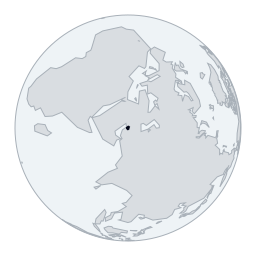 Kohgiluyeh and Buyer Ahmad highlighted on a globe, orthographic projection, rotated 84°
{"feature_id": "IRN-3209", "entity_name": "Kohgiluyeh and Buyer Ahmad", "entity_type": "Province", "adm_level": 1, "iso_a3": "IRN", "parent_name": "Iran", "parent_adm1": "", "projection": "orthographic", "projection_center": [50.792, 30.816], "detail": "fine", "context": "on_globe", "style": "filled", "palette": "ink", "viewbox_px": 256, "rotation_deg": 84, "n_neighbors": 0, "source": "natural_earth", "source_scale": "10m", "svg_char_len": 10608}
<svg xmlns="http://www.w3.org/2000/svg" viewBox="0 0 256 256"><g transform="rotate(84 128 128)"><circle cx="128" cy="128" r="113" fill="#eef3f6" stroke="#a8b0b8"/><path d="M136.0,15.6L144.9,16.8L150.1,17.6L147.8,17.3L158.8,19.6L166.1,22.0L156.8,19.2L155.2,18.8L159.7,20.1L158.9,20.1L160.7,20.9L159.4,20.8L154.1,19.5L153.1,19.5L156.4,20.5L157.1,21.4L152.5,19.8L153.3,21.2L144.6,20.0L133.2,17.1L127.3,17.5L113.0,17.9L113.3,18.3L108.1,19.1L106.5,20.0L104.3,20.1L104.9,20.8L107.3,20.5L108.3,20.8L107.6,21.4L104.7,21.5L104.6,21.2L103.4,21.6L102.2,21.5L102.4,21.9L98.9,22.2L101.2,22.8L97.6,23.8L95.5,23.8L97.2,22.6L96.6,20.5L95.1,20.6L91.2,21.7L81.0,26.1L78.7,27.0L74.5,29.0L75.1,28.9L78.6,27.4L78.6,28.0L82.9,26.3L83.5,26.5L87.3,25.5L85.1,27.1L81.0,29.2L77.7,30.2L75.8,31.3L77.6,31.7L70.4,35.2L63.4,40.6L61.7,41.6L60.7,40.5L63.9,36.8L62.6,36.6L61.8,38.3L57.5,41.1L56.2,42.4L55.5,43.3L56.4,42.9L54.6,44.4L54.7,42.9L56.3,41.6L56.3,42.0L57.8,40.4L57.8,39.9L55.7,41.7L56.0,41.4L62.8,36.1L70.0,31.4L77.6,27.3L85.4,23.7L93.5,20.8L101.8,18.4L110.3,16.8L118.8,15.7L127.4,15.4L136.0,15.6ZM15.9,139.2L16.1,141.2L16.4,143.3L15.9,139.2ZM154.0,18.4L151.5,17.8L154.2,18.5L154.0,18.4ZM161.2,21.0L162.1,21.2L162.6,21.5L161.2,21.0ZM88.2,24.8L87.7,25.1L87.3,25.1L88.2,24.8ZM90.3,24.1L90.1,23.8L91.0,23.4L91.1,23.6L90.3,24.1ZM161.1,21.8L161.6,22.4L160.2,21.6L161.1,21.8ZM90.3,24.5L92.7,22.9L94.4,22.3L96.2,22.6L90.3,24.5ZM161.3,22.6L162.7,24.4L164.9,24.9L159.3,24.6L160.0,23.1L157.9,21.8L160.1,22.6L161.3,22.6ZM108.3,20.2L105.8,20.5L108.5,19.8L108.3,20.2ZM109.8,19.7L116.7,17.7L120.1,17.8L117.1,18.3L121.9,18.2L120.2,19.3L117.1,19.5L115.3,19.2L116.0,19.9L109.8,19.7ZM156.0,24.3L155.6,24.7L155.0,24.1L156.0,24.3ZM109.0,20.9L110.1,20.3L113.0,20.4L111.4,21.4L111.0,21.0L109.0,20.9ZM124.1,17.8L126.0,18.1L125.1,19.0L125.7,19.3L120.4,19.3L124.1,17.8ZM109.9,21.4L110.5,22.0L108.4,22.6L108.1,21.4L109.9,21.4ZM114.5,20.0L115.8,20.1L114.6,20.3L114.5,20.0ZM101.5,25.3L102.7,24.5L104.4,24.4L101.5,25.3ZM110.8,22.2L111.5,22.0L112.3,21.9L112.2,22.5L110.8,22.2ZM120.1,20.0L119.4,20.4L122.3,20.0L121.7,20.8L118.3,20.8L119.5,21.1L119.4,21.4L116.7,21.1L120.1,20.0ZM114.6,22.9L110.0,23.3L107.3,24.7L105.8,24.8L110.4,22.5L114.6,22.9ZM116.1,21.8L114.8,22.5L113.5,22.1L113.6,21.5L116.1,21.8ZM122.6,21.5L124.3,20.2L125.0,20.3L122.6,21.5ZM114.0,23.3L115.2,23.2L114.0,23.4L114.0,23.3ZM120.2,22.1L120.8,21.6L121.5,21.7L120.2,22.1ZM116.9,23.5L115.5,23.6L115.5,23.1L116.9,23.5ZM118.7,22.9L119.6,23.1L116.4,22.9L118.8,22.6L118.7,22.9ZM120.9,22.2L121.5,22.1L120.6,22.4L120.9,22.2ZM117.7,25.4L113.7,25.2L113.7,24.1L117.7,24.4L117.7,25.4ZM28.8,142.9L26.7,123.9L29.5,119.4L31.2,112.2L51.6,97.2L54.5,100.7L68.9,103.8L70.5,105.4L67.3,110.7L76.9,121.6L81.8,117.8L92.0,124.3L99.7,125.5L105.2,115.0L92.5,112.8L91.8,107.0L103.1,104.2L114.5,106.5L114.6,104.3L108.7,98.7L112.5,95.3L106.8,96.5L108.2,98.9L104.6,99.8L103.1,97.7L104.5,96.5L101.5,95.0L95.4,101.6L96.2,104.8L87.4,104.3L87.9,109.7L85.0,111.5L83.2,103.1L84.4,100.4L80.0,90.6L78.0,93.3L82.0,102.9L80.2,101.7L77.5,105.9L78.1,101.8L74.2,91.1L67.2,90.3L55.9,98.1L52.3,97.2L50.2,93.3L56.6,83.0L64.0,86.2L66.4,83.1L66.8,77.0L69.0,78.6L70.1,76.7L73.1,77.8L79.3,74.7L82.6,75.4L86.9,70.0L89.2,69.7L86.0,72.9L85.6,75.8L94.1,78.1L96.3,77.2L98.4,73.6L100.5,74.9L101.4,71.1L107.2,71.0L100.9,68.2L103.2,64.4L107.7,62.2L107.3,60.5L100.0,64.2L98.0,66.1L98.2,68.6L92.0,74.1L88.7,74.3L90.9,67.0L86.4,66.7L90.1,61.5L107.6,54.2L114.0,53.6L120.7,60.5L118.2,62.5L114.5,61.0L116.2,65.9L116.9,63.8L118.6,65.0L121.2,62.1L122.6,62.8L122.7,58.9L124.7,59.5L124.5,62.0L130.1,58.6L134.6,59.2L135.2,58.1L134.6,56.8L140.8,58.8L141.0,57.9L139.0,56.9L138.0,54.6L138.8,51.4L140.9,52.2L140.9,53.5L144.1,57.6L143.8,61.1L144.8,61.2L145.5,58.4L141.6,53.3L141.5,51.1L143.7,53.3L142.9,52.3L143.5,51.5L146.0,51.7L143.7,49.3L147.3,40.8L152.6,40.5L154.2,43.1L158.9,39.1L164.6,39.8L162.7,38.8L163.8,36.6L162.0,36.3L161.2,35.7L163.1,30.7L165.1,30.4L163.9,27.8L162.9,27.3L161.3,27.3L159.3,24.6L164.9,24.9L166.8,25.8L169.0,25.7L172.9,28.0L177.2,30.0L180.1,33.1L183.3,34.8L183.8,34.5L188.4,36.8L196.1,42.8L187.6,38.8L175.6,31.5L180.3,34.4L178.5,34.1L179.8,35.5L183.2,37.7L184.0,37.7L185.9,44.3L192.7,52.3L193.9,50.1L197.0,51.2L205.7,59.8L212.3,76.3L216.5,79.2L218.3,82.0L218.1,85.1L215.4,81.0L213.2,80.9L211.7,78.3L210.5,82.4L208.4,78.9L208.5,84.1L211.0,86.3L212.8,83.7L213.9,90.1L218.7,93.1L221.8,98.9L222.2,112.9L218.8,119.6L219.1,121.7L216.5,120.8L214.9,126.4L221.5,134.8L222.0,138.0L218.5,146.8L218.1,144.5L211.1,142.2L211.2,150.3L216.6,153.9L218.4,160.2L214.9,159.9L212.8,154.5L210.3,153.5L210.0,146.7L206.0,137.9L202.4,141.6L201.7,137.5L195.6,131.0L189.9,135.9L181.4,149.8L181.8,160.2L178.2,165.6L169.9,152.5L167.0,142.7L163.4,144.3L155.3,136.7L139.7,137.6L138.0,135.0L134.9,136.4L129.3,133.8L126.8,129.3L123.2,129.6L129.8,141.3L133.8,141.0L137.8,136.4L138.8,140.6L144.3,144.0L136.4,154.3L114.0,162.7L112.7,154.8L100.3,131.4L101.2,129.0L101.2,128.7L101.1,128.1L99.0,132.0L97.2,127.3L102.9,143.7L103.4,150.3L113.7,163.1L112.5,164.3L116.1,166.9L128.6,164.3L128.5,166.8L122.0,178.3L105.4,192.2L108.2,201.8L107.9,209.3L98.8,212.9L100.8,218.3L96.3,219.4L96.8,222.1L93.9,224.2L88.5,225.4L78.0,222.6L76.4,220.2L69.6,213.8L59.9,198.6L61.5,193.2L60.1,187.6L52.7,172.8L54.2,166.3L52.5,162.5L48.7,161.6L46.8,156.9L44.7,155.8L32.0,150.5L28.8,142.9ZM43.0,107.0L42.1,109.1L43.0,107.0ZM125.5,114.7L132.9,115.4L131.2,108.3L133.9,108.1L132.3,105.9L131.0,107.8L127.4,101.8L131.1,99.9L131.0,96.9L128.5,96.5L122.3,101.0L127.4,109.5L125.0,112.3L125.5,114.7ZM57.6,41.2L57.5,41.3L56.4,42.5L56.3,42.4L57.6,41.2ZM55.8,45.9L52.9,48.2L54.9,46.3L54.1,46.4L57.1,42.9L61.0,41.9L58.7,42.8L55.8,45.9ZM62.3,38.3L59.9,40.4L62.4,38.1L62.3,38.3ZM73.2,65.9L73.6,67.7L71.5,69.5L67.2,69.4L70.2,66.6L73.2,65.9ZM74.6,69.8L77.9,63.1L80.7,63.1L78.6,64.2L80.1,64.9L77.1,66.8L76.4,73.9L74.6,76.0L67.8,74.1L71.0,73.4L70.5,71.6L74.6,69.8ZM81.6,48.2L83.0,46.0L87.1,48.9L85.3,50.7L80.9,50.5L80.6,48.3L81.6,48.2ZM93.0,25.7L93.4,25.1L94.2,25.0L94.6,25.4L93.0,25.7ZM101.9,24.9L92.6,28.0L92.5,27.5L87.2,30.3L84.8,30.1L88.3,28.3L82.5,30.4L84.7,28.6L80.8,30.3L88.8,26.2L90.6,24.9L89.6,26.3L91.7,26.5L93.2,26.2L98.6,24.5L103.5,22.2L106.4,22.2L107.1,22.9L106.4,23.4L104.8,23.1L105.0,24.1L102.0,24.2L101.9,24.9ZM114.5,34.3L112.8,33.2L112.8,36.3L109.8,35.9L110.0,36.3L107.3,36.9L104.3,38.3L103.2,37.9L102.5,38.7L100.6,39.2L99.3,40.2L96.8,39.8L95.0,41.0L94.9,40.2L92.4,42.5L93.1,40.6L90.8,41.3L91.4,42.7L81.2,39.7L76.4,40.4L72.0,42.0L73.8,39.1L79.1,35.8L85.8,33.1L90.1,33.1L90.2,32.0L92.3,31.7L91.4,32.7L94.0,31.0L95.5,31.1L101.4,29.5L104.3,27.3L106.6,26.8L106.2,27.8L108.7,26.7L109.4,28.2L111.1,27.9L113.4,29.3L111.7,31.5L113.7,31.1L115.6,32.3L114.5,34.3ZM118.3,25.8L116.9,28.2L114.7,29.2L111.5,26.4L109.9,26.4L107.8,25.0L111.2,23.6L111.5,24.1L112.5,24.3L111.0,24.6L113.0,24.5L113.5,25.3L115.2,25.4L114.3,26.1L118.3,25.8ZM73.2,103.9L74.5,104.7L76.9,105.1L75.3,107.9L73.2,103.9ZM70.4,96.7L71.8,96.7L70.6,100.6L69.2,100.0L70.4,96.7ZM73.5,93.7L71.9,96.4L71.9,94.6L73.5,93.7ZM87.4,72.9L89.0,72.9L88.7,73.8L87.4,74.9L87.4,72.9ZM113.7,44.8L113.2,43.7L113.9,43.4L114.9,40.7L117.2,41.0L117.5,42.7L113.7,44.8ZM102.4,116.6L99.6,118.3L98.7,117.1L99.9,116.8L102.4,116.6ZM86.3,113.3L89.6,115.5L85.9,114.0L86.3,113.3ZM116.4,44.6L116.5,43.5L117.6,44.3L116.4,44.6ZM118.9,41.1L120.3,41.9L117.6,40.7L118.9,41.1ZM151.2,236.8L152.3,237.0L150.4,237.3L151.2,236.8ZM127.4,209.1L121.4,221.0L116.0,220.8L114.3,217.3L116.0,210.1L122.1,208.1L124.9,204.6L127.4,209.1ZM231.1,165.2L232.2,164.2L232.1,164.7L231.1,165.2ZM230.0,165.2L231.5,163.7L229.6,166.4L230.0,165.2ZM232.0,163.1L233.5,160.6L234.1,159.2L233.9,160.2L232.0,163.1ZM228.9,166.3L222.1,171.8L219.1,172.8L220.1,170.6L224.9,167.6L228.9,166.3ZM219.8,170.8L214.9,169.3L206.6,159.7L209.6,158.6L218.0,162.5L217.5,164.2L220.5,166.0L219.8,170.8ZM230.7,154.2L230.1,158.8L226.6,161.6L224.9,162.3L223.7,157.7L224.4,154.4L225.9,153.4L230.4,139.3L232.3,140.0L231.1,145.5L232.6,147.9L230.7,154.2ZM182.4,161.1L185.4,166.3L183.3,167.9L182.4,161.1ZM231.3,130.7L230.1,136.8L230.9,129.5L231.3,130.7ZM231.2,124.4L231.8,126.4L230.6,125.1L231.2,124.4ZM220.0,124.7L218.4,126.4L218.0,124.9L219.6,121.9L220.0,124.7ZM224.1,103.9L225.8,108.4L226.1,110.2L224.6,108.0L224.1,103.9ZM136.0,47.1L132.1,50.3L130.8,53.2L132.4,55.6L128.4,53.8L130.4,49.3L136.0,47.1ZM145.7,41.4L144.3,39.6L146.0,39.7L146.5,40.1L145.7,41.4ZM144.1,40.8L140.2,40.0L140.1,38.6L143.2,39.5L144.1,40.8ZM128.2,41.9L126.9,42.7L126.1,41.9L128.2,41.9ZM212.5,202.5L211.9,203.1L214.4,200.2L217.7,194.5L218.3,194.0L220.7,189.2L227.7,179.1L233.4,166.4L234.8,163.8L237.3,155.0L237.6,153.9L235.5,161.5L232.9,169.0L229.8,176.2L226.2,183.3L222.0,190.0L217.5,196.4L212.5,202.5ZM233.8,162.1L235.7,156.8L236.4,155.4L233.8,162.1ZM240.0,140.1L239.3,142.8L239.2,141.6L239.7,138.9L238.8,139.9L239.8,136.2L240.0,139.0L240.4,134.2L240.5,133.1L240.0,140.1ZM239.2,145.0L239.4,144.5L239.1,146.2L239.2,145.0ZM237.2,147.0L237.1,148.2L236.7,148.1L237.2,147.0ZM237.8,145.4L238.7,144.5L237.6,146.6L237.8,145.4ZM233.4,147.9L233.9,150.0L235.4,146.3L234.3,150.3L235.0,153.3L234.5,155.4L233.9,152.0L233.1,157.3L232.4,158.1L232.3,154.3L233.2,148.4L233.9,145.4L236.5,141.1L233.4,147.9ZM237.9,142.2L237.6,139.7L237.7,137.2L238.1,138.2L237.9,142.2ZM236.1,133.8L234.6,131.7L233.7,134.4L235.0,126.7L236.3,130.0L236.1,133.8ZM234.1,127.2L233.3,129.6L233.8,125.4L234.1,127.2ZM232.9,128.7L232.3,126.4L233.1,125.7L232.9,128.7ZM234.6,126.6L233.9,122.1L234.8,124.1L234.6,126.6ZM230.6,121.2L233.3,123.2L230.7,124.1L228.3,116.1L229.3,114.7L230.6,121.2ZM221.9,82.3L220.4,80.4L220.7,78.8L221.6,80.6L221.9,82.3ZM220.1,72.8L220.3,77.8L220.1,82.2L221.2,82.5L223.0,86.8L220.3,84.4L218.8,78.6L219.3,76.0L217.4,72.6L216.5,69.2L213.6,65.8L212.5,63.6L215.3,66.0L220.1,72.8ZM212.3,64.4L206.9,58.1L208.2,57.1L209.7,58.2L211.6,61.5L210.8,61.8L212.3,64.4ZM206.0,56.4L205.1,56.7L195.3,49.9L193.6,48.3L201.8,52.5L201.4,53.1L203.5,55.1L206.0,56.4ZM156.8,25.0L155.7,24.7L156.7,24.6L156.8,25.0ZM160.2,35.6L159.3,34.7L160.5,34.6L160.2,35.6ZM157.4,32.4L156.7,33.1L156.6,32.0L157.4,32.4ZM155.3,35.0L156.0,33.2L156.6,35.4L155.3,35.0Z" fill="#d9dde1" stroke="#a8b0b8" stroke-width="1"/><path d="M128.9,127.3L129.0,127.7L129.2,127.9L129.4,128.0L129.5,128.3L129.4,128.5L129.1,128.5L129.0,128.4L128.9,128.4L128.7,128.3L128.6,128.5L128.7,128.8L128.7,129.0L128.2,129.3L127.8,129.3L127.7,129.3L127.6,129.2L127.4,129.2L127.4,128.9L127.3,128.7L127.4,128.3L127.3,128.2L127.2,128.2L126.9,127.9L126.6,127.9L126.6,127.7L126.5,127.3L126.5,127.2L126.8,127.0L127.0,126.8L127.1,126.7L127.2,126.8L127.5,126.9L128.3,127.4L128.5,127.5L128.6,127.4L128.8,127.3L128.9,127.3Z" fill="#0f172a" stroke="#020617" stroke-width="1.5"/></g></svg>